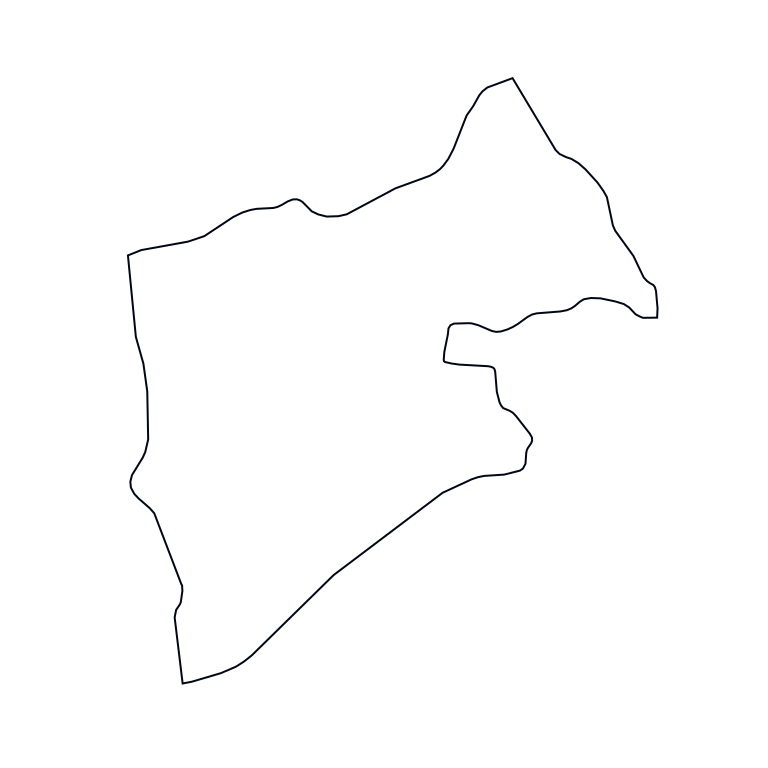 outline of Laghouat, rotated 95°
{"feature_id": "DZA-2193", "entity_name": "Laghouat", "entity_type": "Province", "adm_level": 1, "iso_a3": "DZA", "parent_name": "Algeria", "parent_adm1": "", "projection": "albers", "projection_center": [2.543, 33.694], "detail": "fine", "context": "isolated", "style": "outline", "palette": "ink", "viewbox_px": 768, "rotation_deg": 95, "n_neighbors": 0, "source": "natural_earth", "source_scale": "10m", "svg_char_len": 1900}
<svg xmlns="http://www.w3.org/2000/svg" viewBox="0 0 768 768"><g transform="rotate(95 384 384)"><path d="M278.2,650.3L271.7,637.4L259.2,591.5L252.3,575.8L230.8,548.8L225.5,540.0L222.3,532.3L220.6,526.1L218.3,509.7L216.9,505.6L214.8,501.9L210.5,495.8L208.1,491.0L207.6,486.8L208.4,483.7L209.8,481.0L218.3,471.0L220.8,464.3L222.2,455.7L220.8,444.0L218.2,435.9L188.1,389.7L172.6,356.6L168.7,350.9L165.0,346.9L161.3,343.9L154.0,339.5L143.3,335.1L109.3,325.1L99.7,319.5L88.0,314.2L83.9,311.4L79.6,306.9L68.1,282.6L136.0,233.4L139.6,229.1L142.1,222.4L143.4,217.0L147.1,209.5L152.7,201.9L164.7,188.9L172.6,182.2L178.5,178.2L206.1,169.8L211.2,167.0L234.7,146.7L255.2,134.6L258.5,131.0L260.3,128.0L262.0,124.2L264.0,122.5L267.9,121.1L284.7,118.1L294.1,117.7L295.5,131.9L294.4,135.2L292.6,139.5L286.4,146.4L283.4,152.2L281.6,160.8L279.8,175.8L280.3,185.4L282.2,192.4L285.0,196.1L289.7,200.7L292.4,204.1L294.6,208.4L296.4,214.8L300.3,238.0L301.8,242.4L304.7,246.9L312.7,256.1L316.0,260.7L318.9,265.8L321.5,272.2L322.3,276.7L321.8,281.0L317.2,295.2L316.0,301.7L316.0,304.6L317.7,319.4L319.6,322.9L323.0,324.6L329.1,324.7L346.8,326.7L354.5,326.6L356.0,326.3L356.8,325.0L357.7,318.6L358.1,310.5L357.2,281.7L357.6,278.6L358.4,276.4L359.7,275.2L362.1,274.3L382.0,270.9L392.2,267.3L395.3,265.4L397.6,263.2L399.7,256.6L401.3,253.3L404.2,249.9L420.7,234.5L424.3,232.0L427.4,231.5L429.9,232.1L435.0,235.0L437.2,235.9L440.4,236.3L451.1,236.1L456.1,238.2L458.4,240.9L463.8,256.4L466.8,276.1L468.6,282.2L471.2,288.2L487.2,316.1L578.7,417.5L665.9,492.1L672.8,499.4L678.6,507.0L686.3,521.4L697.4,549.7L699.9,558.5L634.8,572.2L627.2,571.4L621.3,568.1L619.0,567.4L607.8,566.8L602.2,567.6L601.4,568.3L532.8,601.6L528.0,606.7L519.5,618.4L515.1,623.3L509.3,627.1L503.4,628.2L496.7,627.1L478.3,617.9L472.5,615.9L459.7,614.1L411.9,619.2L384.6,625.5L358.7,635.3L278.2,650.3Z" fill="none" stroke="#020617" stroke-width="2"/></g></svg>